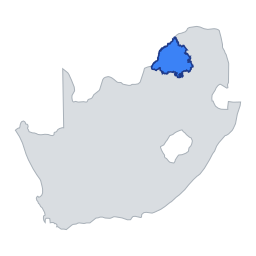 location of Waterberg, Limpopo, South Africa
{"feature_id": "47623444B68910643198214", "entity_name": "Waterberg", "entity_type": "district", "adm_level": 2, "iso_a3": "ZAF", "parent_name": "South Africa", "parent_adm1": "Limpopo", "projection": "robinson", "projection_center": [27.237, -24.067], "detail": "fine", "context": "in_parent", "style": "filled", "palette": "blue", "viewbox_px": 256, "rotation_deg": 0, "n_neighbors": 0, "source": "geoboundaries", "source_scale": "gbopen_adm2", "svg_char_len": 8085}
<svg xmlns="http://www.w3.org/2000/svg" viewBox="0 0 256 256"><path d="M189.3,27.5L196.7,26.4L200.0,27.0L204.0,28.7L207.7,29.4L214.1,28.7L216.3,29.0L218.0,29.6L219.2,30.5L221.0,37.3L222.5,44.6L222.5,47.0L222.7,47.9L224.5,51.0L225.1,52.9L226.1,54.5L228.4,62.3L228.7,63.6L228.5,82.4L227.5,84.7L227.9,87.7L226.8,88.1L220.6,84.3L219.5,84.4L217.7,85.8L216.0,88.1L215.3,89.9L212.1,95.0L211.8,98.2L212.1,101.0L213.1,101.1L213.9,103.1L215.5,106.2L218.4,108.3L221.1,109.2L224.8,109.4L227.8,109.4L227.7,107.2L228.4,101.5L233.3,102.2L240.6,102.0L240.1,105.7L237.3,114.2L235.5,123.7L233.3,128.5L232.1,130.5L228.5,134.0L226.6,135.2L225.1,135.6L218.9,142.7L216.6,146.1L214.6,151.1L212.6,153.8L209.6,159.6L204.4,168.3L200.1,173.9L198.1,175.5L196.9,176.3L193.4,179.6L188.6,184.9L184.9,189.5L179.4,194.8L176.2,197.2L171.4,201.7L170.1,202.4L164.7,206.7L160.8,209.3L154.6,212.2L152.1,213.1L146.2,212.3L143.7,212.7L141.7,214.5L141.5,217.1L140.6,217.5L135.2,216.3L133.0,216.5L131.7,217.9L130.6,219.7L127.5,219.8L122.0,217.9L115.4,216.8L113.9,216.7L110.8,218.1L109.7,218.3L105.1,218.0L102.5,217.1L100.1,217.1L98.2,217.8L95.9,218.1L89.9,222.9L86.7,222.9L84.0,223.5L79.2,222.9L77.7,223.2L76.3,224.0L73.0,224.4L71.8,225.1L66.3,229.6L64.0,229.1L61.1,229.1L57.8,226.7L56.6,226.8L56.9,226.1L57.0,224.9L55.8,223.6L54.5,223.7L53.8,222.6L51.8,222.5L50.2,222.8L49.8,218.7L49.0,218.3L47.1,218.2L46.1,218.3L45.7,218.7L45.2,219.7L45.2,222.5L44.5,221.7L43.7,220.0L43.4,218.1L43.6,216.0L45.1,215.1L44.6,212.4L42.1,207.7L40.7,206.6L39.5,204.2L38.4,203.3L37.9,201.6L36.8,200.3L36.3,198.1L36.9,196.9L37.8,196.2L38.8,197.3L40.0,196.8L41.7,195.3L42.6,192.9L42.6,189.1L42.2,186.8L40.7,180.7L40.0,179.3L36.9,174.9L33.2,169.0L28.4,159.8L26.1,154.3L22.5,143.1L19.5,136.7L15.8,130.8L15.4,130.4L15.9,129.7L17.8,128.4L18.6,128.0L19.1,128.2L19.5,127.8L19.9,126.9L20.2,124.8L21.0,122.6L21.8,121.6L23.5,121.0L24.8,121.8L25.3,122.6L25.6,123.7L26.1,124.2L27.0,124.2L27.7,124.8L28.1,126.2L28.0,127.2L27.5,127.8L27.6,128.6L28.3,129.6L29.1,131.7L32.5,132.9L34.5,133.0L36.3,133.6L38.1,134.5L40.9,134.8L44.9,134.3L48.2,134.5L50.7,135.4L52.6,135.6L53.7,135.0L54.2,134.1L54.0,133.0L54.6,132.3L55.9,132.0L56.9,131.1L57.7,129.7L59.4,128.6L62.2,127.7L63.7,127.8L62.7,68.7L67.8,72.8L69.0,74.7L71.5,80.2L74.2,87.0L74.6,90.3L74.5,91.0L72.0,95.5L71.9,97.7L72.3,100.3L72.9,101.6L73.7,102.0L75.5,101.4L78.2,102.1L83.5,101.7L86.1,102.1L86.8,101.9L87.4,101.3L88.0,99.8L88.7,99.3L91.1,98.6L92.2,97.7L93.9,94.6L99.1,90.5L99.7,89.5L102.8,79.6L103.8,78.2L105.3,77.3L108.2,76.6L109.9,77.0L111.7,77.8L113.8,79.3L116.9,81.9L117.9,82.4L121.0,82.5L122.9,84.2L128.7,85.4L130.3,85.4L132.1,84.4L135.1,84.4L138.3,83.8L140.2,82.0L143.8,71.2L144.3,68.9L144.7,68.2L147.7,67.0L151.4,66.1L152.1,65.6L154.4,62.6L157.4,60.1L159.5,51.5L160.9,49.4L161.7,48.6L162.3,48.6L163.0,48.0L164.0,47.0L165.2,46.3L166.6,46.1L167.5,45.4L167.9,44.2L168.6,43.6L169.6,43.7L170.2,43.3L170.3,42.5L172.6,40.7L172.7,39.9L174.0,38.1L176.5,35.2L178.9,33.6L181.1,33.3L185.2,31.8L186.7,30.4L187.6,28.5L189.3,27.5ZM182.0,154.7L185.7,153.3L188.4,151.4L189.0,147.9L191.0,145.7L191.8,143.7L192.4,140.9L191.2,138.0L189.5,137.2L186.5,134.7L185.1,133.0L183.3,131.6L182.0,129.9L179.9,130.4L176.6,131.8L174.6,133.0L172.9,134.5L169.8,135.6L166.9,140.4L166.0,141.4L163.8,144.9L160.5,146.6L160.5,147.3L161.5,150.1L163.0,152.9L164.6,155.2L164.5,156.6L165.0,157.7L166.5,158.5L168.8,161.4L170.0,162.3L173.6,163.0L174.1,162.8L175.1,161.1L175.3,159.9L177.7,156.2L178.7,155.0L182.0,154.7Z" fill="#d9dde1" stroke="#a8b0b8" stroke-width="1"/><path d="M177.6,77.3L178.7,77.0L178.8,77.5L179.5,77.5L179.6,77.3L180.5,77.3L180.4,76.6L180.6,76.4L181.7,76.3L181.9,76.3L182.2,76.8L182.6,76.1L182.7,76.3L182.8,76.3L182.8,76.2L182.9,75.7L182.6,75.7L182.0,74.7L182.5,74.6L182.5,74.1L182.3,74.2L182.3,74.3L181.8,74.5L181.7,74.6L180.9,74.7L180.9,75.0L179.7,75.6L178.9,75.7L179.2,75.6L178.9,74.9L179.6,74.4L179.7,74.5L180.4,74.4L180.1,73.7L181.9,73.4L182.3,73.2L182.1,72.8L181.9,72.3L182.6,71.8L183.4,71.5L184.0,70.9L185.1,70.9L185.2,71.2L186.3,70.7L186.2,70.5L186.5,70.2L186.8,70.9L187.2,70.7L187.3,70.9L188.1,70.9L188.3,71.3L188.5,72.0L189.7,71.5L189.9,71.3L189.8,70.8L190.2,70.6L190.5,69.3L191.0,69.3L191.2,68.9L191.1,68.7L191.1,68.2L190.8,67.7L192.5,66.9L192.8,66.8L192.5,66.1L192.9,66.0L192.7,65.4L192.3,65.7L192.0,65.1L191.4,63.4L191.1,62.9L190.9,62.2L191.0,61.6L190.6,61.6L188.9,62.2L188.1,62.2L188.2,61.0L187.8,60.2L188.4,59.5L188.7,59.9L189.4,59.8L189.7,60.6L190.0,60.3L190.1,59.9L190.0,59.5L190.0,59.0L190.5,58.5L190.6,58.0L190.3,57.8L190.0,57.7L189.9,57.3L189.6,57.5L189.5,57.3L189.5,57.1L190.1,56.4L189.9,56.4L189.4,56.4L188.7,56.0L188.4,55.3L188.0,54.7L187.5,54.6L187.1,54.3L187.4,53.7L186.3,53.2L186.1,53.9L185.7,54.0L185.2,53.5L185.3,53.5L185.4,53.1L185.3,52.8L185.8,52.8L185.4,52.3L185.7,51.3L185.7,50.5L186.3,50.1L186.5,49.8L187.0,49.8L186.2,48.9L185.5,48.0L185.0,47.4L184.6,46.8L184.3,46.2L183.8,45.5L183.0,45.5L182.9,45.8L182.7,46.1L182.7,46.3L181.8,46.6L181.8,46.2L181.4,46.2L181.0,45.8L180.4,45.7L180.1,45.2L179.3,45.8L178.8,45.0L178.4,45.0L178.5,44.7L178.0,43.4L178.5,43.1L178.2,42.1L177.6,41.6L177.0,41.9L176.7,40.9L176.6,40.2L177.0,40.1L176.8,39.6L176.3,39.0L176.1,39.3L175.6,38.8L175.9,38.6L175.4,38.2L175.7,38.0L175.1,37.6L175.4,37.4L174.9,37.1L174.5,37.4L174.1,37.5L174.2,37.9L174.2,38.1L174.3,38.3L174.1,38.7L173.8,39.0L173.5,39.1L173.0,39.5L172.8,39.5L172.7,39.4L172.7,39.5L172.8,40.0L172.7,40.4L172.8,40.7L172.7,41.0L171.5,41.8L171.2,41.9L171.0,42.0L170.9,42.3L170.5,42.4L170.3,42.3L170.6,42.7L170.6,42.9L170.2,43.2L170.1,43.4L170.1,43.7L170.0,43.8L169.8,43.9L169.7,43.8L169.5,43.4L169.3,43.3L169.0,43.4L168.8,43.7L168.7,43.8L168.3,43.6L168.0,43.6L168.0,43.9L168.0,44.1L167.9,44.3L167.7,44.3L167.7,44.7L167.6,44.9L167.5,45.2L167.6,45.4L167.6,45.6L167.5,45.8L167.2,46.0L167.0,46.3L166.7,46.4L165.8,46.3L165.6,47.0L165.4,47.0L165.3,46.8L165.4,46.6L165.3,46.4L165.1,46.4L164.9,46.6L165.0,46.9L164.9,47.0L164.5,47.0L164.6,46.7L164.3,46.6L164.2,46.7L164.2,46.8L164.0,47.1L164.1,47.3L163.9,47.4L163.9,47.6L163.7,47.6L163.4,47.8L163.3,47.7L163.0,47.9L162.9,48.1L162.8,47.9L162.4,48.1L162.4,48.4L162.6,48.5L162.3,48.7L162.1,48.5L162.0,48.8L161.9,48.8L161.7,48.6L161.6,48.9L161.6,49.0L161.8,49.0L161.8,49.3L161.7,49.4L161.3,49.2L161.3,49.3L161.2,49.3L161.2,49.6L161.1,49.8L160.8,49.8L160.8,50.0L160.7,50.0L160.7,49.9L160.5,50.0L160.8,50.5L160.7,50.7L160.8,50.8L160.7,50.9L160.2,51.1L160.2,50.7L159.9,50.4L159.7,50.5L159.7,50.8L159.7,51.0L159.3,51.4L159.3,51.6L159.3,51.8L159.2,52.1L159.2,52.3L159.2,52.6L159.0,52.9L159.1,53.1L159.0,53.4L159.1,53.5L158.9,53.7L158.8,53.8L159.0,54.0L158.9,54.4L158.9,54.7L158.7,55.0L158.8,55.5L158.5,55.8L158.4,56.7L158.2,57.1L158.1,57.7L157.8,57.8L157.9,58.2L157.8,58.4L158.0,58.6L158.0,58.8L157.8,59.0L157.9,59.3L158.1,59.3L157.9,59.7L157.8,59.8L157.8,60.0L157.7,60.3L157.5,60.6L157.3,60.6L157.2,60.8L156.9,61.0L156.7,61.1L156.3,61.2L156.2,61.2L155.9,61.3L155.7,61.3L155.6,61.6L155.4,61.6L155.2,61.7L155.2,61.9L155.1,62.0L155.1,62.3L154.8,62.4L154.7,62.4L154.6,62.6L154.4,62.6L154.4,62.8L154.0,62.8L154.0,63.0L153.9,63.0L153.7,63.2L153.7,63.3L153.6,63.5L153.4,63.7L153.3,63.9L152.9,64.1L152.9,64.3L152.8,64.6L152.5,65.2L152.5,65.3L152.4,65.7L152.1,66.0L151.8,66.1L151.7,66.4L151.5,66.7L151.8,66.8L151.7,67.0L151.7,67.3L151.8,67.4L151.7,67.9L151.8,68.3L151.8,68.5L152.0,68.9L152.2,69.2L153.7,69.4L154.5,69.2L155.5,70.2L156.3,70.4L156.7,69.7L158.9,68.8L158.9,68.7L159.4,68.7L159.4,67.8L160.1,67.8L160.3,70.5L161.1,70.7L161.7,71.4L161.8,72.0L162.2,71.5L162.8,71.7L162.6,72.2L162.5,72.8L162.9,72.9L162.8,73.4L163.5,72.9L164.0,73.0L164.4,73.7L165.6,73.4L165.7,73.6L166.4,73.4L166.4,73.5L166.6,73.5L166.9,73.5L167.1,73.6L167.1,73.8L167.5,73.6L167.4,73.5L167.6,73.2L167.9,72.8L168.0,72.0L168.4,71.9L169.2,72.1L169.9,72.0L170.2,71.8L170.6,71.8L172.8,72.3L172.9,71.8L173.2,71.7L173.3,71.6L173.5,71.9L173.8,71.9L174.0,72.1L174.6,72.0L175.2,72.0L175.3,72.4L175.7,72.6L177.1,73.1L176.5,74.1L176.5,74.3L175.9,74.2L175.6,73.7L175.1,73.9L174.7,73.9L174.8,74.7L175.3,74.6L175.4,75.6L175.9,75.7L176.4,75.5L176.9,75.7L177.6,77.0L177.6,77.3Z" fill="#3b82f6" stroke="#1e3a8a" stroke-width="1.5"/></svg>